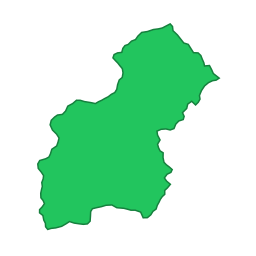 Tocantins, Minas Gerais, Brazil, rotated 274°
{"feature_id": "56859067B54731939628864", "entity_name": "Tocantins", "entity_type": "district", "adm_level": 2, "iso_a3": "BRA", "parent_name": "Brazil", "parent_adm1": "Minas Gerais", "projection": "orthographic", "projection_center": [-43.027, -21.182], "detail": "fine", "context": "isolated", "style": "filled", "palette": "green", "viewbox_px": 256, "rotation_deg": 274, "n_neighbors": 0, "source": "geoboundaries", "source_scale": "gbopen_adm2", "svg_char_len": 2047}
<svg xmlns="http://www.w3.org/2000/svg" viewBox="0 0 256 256"><g transform="rotate(274 128 128)"><path d="M21.2,55.0L22.5,58.3L23.3,62.8L25.3,68.7L28.0,72.7L30.6,76.2L29.4,80.9L29.0,86.2L28.8,90.2L29.5,94.2L32.4,96.7L37.5,96.7L42.0,96.6L45.0,98.1L46.2,101.8L47.7,107.0L49.4,111.5L50.1,117.3L47.7,122.4L47.6,129.5L46.9,133.4L46.2,136.7L46.5,140.9L45.0,146.5L39.5,149.4L39.9,153.6L43.0,156.8L46.6,158.7L49.1,161.7L52.9,162.6L56.1,164.1L59.2,165.3L62.0,167.0L64.4,169.3L68.3,169.0L71.0,171.5L74.8,174.2L77.7,170.2L80.7,167.8L84.6,170.2L86.7,173.9L89.6,175.0L92.0,171.9L94.0,168.8L96.3,166.3L101.0,165.0L105.7,164.8L107.4,161.6L110.3,159.9L113.9,158.6L118.3,160.8L122.9,158.0L126.9,157.1L129.0,161.1L129.7,165.9L129.0,170.2L130.6,173.9L135.2,175.4L138.5,178.1L140.3,182.5L143.5,183.2L147.1,181.3L151.6,185.2L156.0,185.9L159.1,189.7L155.7,193.8L158.6,196.3L161.8,197.8L165.4,197.0L170.5,198.7L175.4,201.5L178.9,205.2L181.1,209.1L181.9,212.6L184.1,215.5L186.2,212.4L188.3,209.3L192.1,207.3L196.0,204.9L195.2,200.0L198.4,199.1L201.8,197.3L205.4,195.6L207.8,192.7L207.7,188.1L211.5,185.3L215.6,182.3L216.7,177.7L220.0,174.7L224.3,170.8L228.2,166.1L232.4,165.3L234.8,162.8L232.6,159.2L230.2,155.3L229.0,151.4L228.0,146.4L225.6,140.7L224.3,135.0L220.4,131.5L216.7,129.3L214.9,125.4L211.4,122.4L210.0,119.2L207.1,117.3L203.0,116.5L202.2,112.3L200.3,109.0L196.9,108.1L194.3,110.8L192.1,113.3L189.4,115.7L186.8,118.2L182.6,119.2L178.0,118.7L175.3,115.9L170.5,114.6L165.8,114.1L162.4,112.3L160.5,109.1L157.8,106.1L155.7,102.6L153.8,99.8L152.2,96.8L150.1,93.8L150.8,88.7L151.3,82.8L152.3,78.4L152.1,74.7L148.6,71.2L145.6,66.4L140.6,64.6L137.0,61.6L136.0,56.7L133.8,54.0L130.3,50.9L125.7,50.1L120.7,52.8L116.9,57.2L113.2,59.9L109.1,59.2L105.1,58.1L101.5,53.5L96.7,52.4L93.5,51.1L91.6,48.1L89.4,42.2L85.8,40.5L81.4,41.3L77.8,44.7L74.6,47.1L71.2,46.9L67.6,45.8L63.7,46.6L60.4,46.0L56.7,45.5L52.3,46.0L49.7,48.4L46.7,49.9L43.3,47.9L40.4,45.5L37.2,45.7L34.8,49.2L30.3,50.4L27.3,52.2L23.7,52.7L21.2,55.0Z" fill="#22c55e" stroke="#15803d" stroke-width="1.5"/></g></svg>